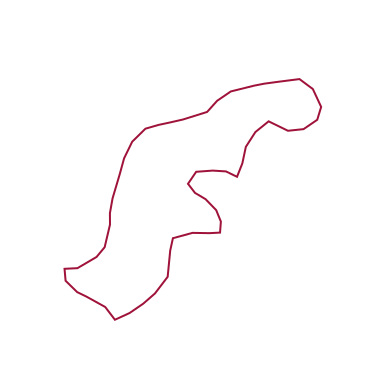 outline of Aloda, Cyprus, rotated 206°
{"feature_id": "46923920B29030775604089", "entity_name": "Aloda", "entity_type": "district", "adm_level": 2, "iso_a3": "CYP", "parent_name": "Cyprus", "parent_adm1": "", "projection": "orthographic", "projection_center": [33.828, 35.211], "detail": "fine", "context": "isolated", "style": "outline", "palette": "rose", "viewbox_px": 384, "rotation_deg": 206, "n_neighbors": 0, "source": "geoboundaries", "source_scale": "gbopen_adm2", "svg_char_len": 802}
<svg xmlns="http://www.w3.org/2000/svg" viewBox="0 0 384 384"><g transform="rotate(206 192 192)"><path d="M272.9,67.1L266.7,56.8L251.4,51.7L241.1,51.7L219.6,50.6L205.3,43.4L195.1,55.8L186.9,70.2L180.8,84.6L176.7,105.1L185.9,129.8L188.9,142.1L173.6,155.5L158.2,162.7L149.0,167.8L153.1,178.1L162.3,186.3L176.7,191.5L188.9,192.5L199.2,197.6L197.1,212.0L182.8,220.3L170.5,225.4L158.2,225.4L159.3,239.8L163.4,256.2L161.3,273.7L154.1,289.1L132.6,289.1L119.3,297.4L111.1,311.8L113.2,325.1L128.5,337.5L144.9,340.6L162.3,329.2L174.6,321.0L182.8,314.8L201.2,299.4L209.4,285.0L213.5,270.6L231.9,253.2L242.2,244.9L251.4,237.7L261.6,228.5L267.8,211.0L267.8,192.5L264.7,176.0L260.6,151.4L256.5,137.0L251.4,126.7L246.3,104.1L249.3,91.8L261.6,73.3L272.9,67.1Z" fill="none" stroke="#9f1239" stroke-width="2"/></g></svg>